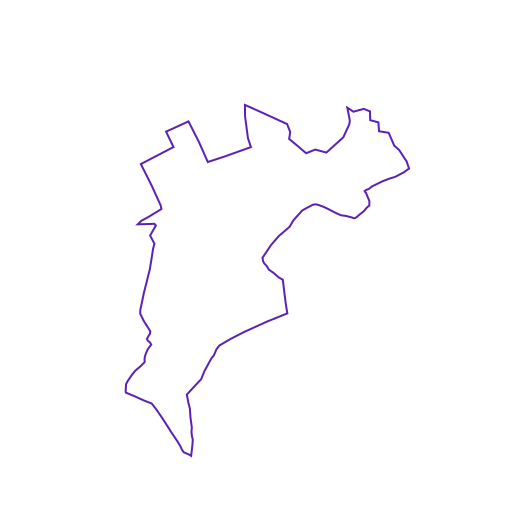 outline of Al-Mussyab, Babil, Iraq, rotated 244°
{"feature_id": "34846034B36938547090854", "entity_name": "Al-Mussyab", "entity_type": "district", "adm_level": 2, "iso_a3": "IRQ", "parent_name": "Iraq", "parent_adm1": "Babil", "projection": "mercator", "projection_center": [44.225, 32.8], "detail": "fine", "context": "isolated", "style": "outline", "palette": "violet", "viewbox_px": 512, "rotation_deg": 244, "n_neighbors": 0, "source": "geoboundaries", "source_scale": "gbopen_adm2", "svg_char_len": 2359}
<svg xmlns="http://www.w3.org/2000/svg" viewBox="0 0 512 512"><g transform="rotate(244 256 256)"><path d="M190.7,259.0L200.6,262.0L214.6,266.8L219.8,268.6L222.9,269.7L226.7,267.1L232.6,264.6L238.1,261.6L242.5,261.2L245.9,260.1L248.4,260.1L251.8,261.2L252.1,262.0L259.2,274.2L263.9,285.2L267.6,299.2L271.6,305.1L276.6,317.3L276.9,321.7L277.1,327.7L277.1,329.8L276.2,332.5L274.5,334.5L270.6,338.3L265.9,342.0L260.8,345.7L255.3,350.3L252.6,354.4L248.3,359.4L247.1,360.4L246.7,361.7L246.9,363.8L247.6,366.2L249.0,372.5L250.9,376.8L251.4,378.8L251.6,379.9L252.3,380.3L254.5,381.4L255.8,382.0L262.9,382.4L264.5,382.6L265.4,382.2L266.8,382.2L267.1,384.7L266.8,386.5L267.7,391.1L267.7,393.4L267.7,398.6L267.7,402.7L267.0,410.4L266.1,415.7L266.3,421.7L266.4,426.3L266.8,427.5L267.5,431.9L273.9,432.7L274.7,432.9L278.9,432.3L288.6,431.1L294.5,428.6L308.5,429.3L314.2,421.3L322.5,424.6L328.0,418.2L334.4,421.1L336.0,421.9L341.0,417.3L343.0,406.8L349.3,403.1L336.6,399.7L333.4,397.5L324.4,386.5L318.1,364.6L325.7,355.9L325.7,355.5L326.4,346.1L336.3,341.8L346.7,337.1L352.4,341.1L361.0,341.8L367.4,336.5L380.9,325.4L395.7,313.1L396.6,312.3L386.6,307.5L365.4,300.4L356.1,299.2L359.2,271.2L361.6,253.9L383.7,254.7L406.6,254.3L407.2,229.7L390.1,229.6L389.3,200.0L389.1,192.8L365.3,193.1L343.4,192.5L339.7,191.6L339.3,187.8L338.2,175.9L337.9,168.4L336.3,163.6L329.5,178.7L327.3,179.4L320.8,169.8L311.6,170.1L307.4,166.5L300.3,161.6L290.7,154.8L282.0,147.5L271.9,139.0L265.3,133.9L258.0,128.2L254.8,126.6L245.6,126.7L245.4,126.8L241.7,127.2L234.8,128.0L232.5,126.6L231.4,124.5L229.1,121.5L227.2,121.7L225.0,122.8L222.3,123.0L220.9,120.2L219.4,117.5L216.2,113.8L214.0,111.8L213.1,111.2L211.9,110.5L209.4,109.4L208.3,106.1L207.5,104.0L206.9,101.5L205.9,97.4L205.2,95.8L203.5,92.2L200.5,87.0L199.8,85.9L197.8,83.0L196.7,82.4L195.4,81.7L191.9,79.7L190.3,79.1L182.7,85.8L175.9,91.4L169.1,97.6L165.9,98.3L160.8,99.3L151.2,100.7L140.4,102.0L136.4,102.4L128.3,103.5L123.1,104.2L118.1,104.6L113.8,104.6L111.3,105.0L106.6,109.0L104.8,110.1L113.5,115.7L115.2,116.7L118.7,118.7L122.1,119.4L126.2,120.9L129.9,123.1L139.8,126.4L147.9,129.7L153.8,130.9L157.8,132.0L161.8,133.1L166.2,144.5L169.3,152.7L175.2,159.3L183.6,171.1L185.1,174.5L189.5,179.6L191.6,183.7L192.6,196.6L192.9,211.8L192.6,223.6L192.2,238.0L191.3,250.2L190.7,259.0Z" fill="none" stroke="#5b21b6" stroke-width="2"/></g></svg>